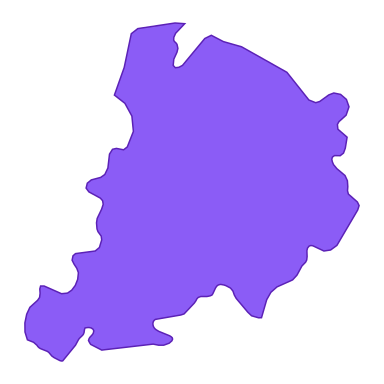 SVG path tracing the border of Bologna
{"feature_id": "ITA-5362", "entity_name": "Bologna", "entity_type": "Province", "adm_level": 1, "iso_a3": "ITA", "parent_name": "Italy", "parent_adm1": "", "projection": "orthographic", "projection_center": [11.264, 44.436], "detail": "fine", "context": "isolated", "style": "filled", "palette": "violet", "viewbox_px": 384, "rotation_deg": 0, "n_neighbors": 0, "source": "natural_earth", "source_scale": "10m", "svg_char_len": 2497}
<svg xmlns="http://www.w3.org/2000/svg" viewBox="0 0 384 384"><path d="M175.0,23.0L184.7,23.7L175.6,33.3L173.8,37.4L173.7,40.2L174.5,41.6L175.7,42.6L177.0,44.3L177.9,48.4L177.0,52.2L173.8,59.2L173.2,65.4L175.3,67.7L178.9,67.3L182.5,65.4L204.8,38.5L211.3,35.3L223.4,41.6L241.6,46.8L286.9,72.3L308.9,100.0L315.7,102.7L319.7,101.5L328.8,94.9L333.8,93.0L340.6,94.4L346.4,99.4L349.0,106.8L346.1,115.2L339.0,121.6L337.4,124.4L337.9,129.2L347.1,137.2L345.3,148.2L343.5,153.1L340.2,155.7L334.5,155.6L332.4,157.1L331.8,159.3L332.4,161.9L333.5,164.6L336.9,168.7L345.0,175.5L347.4,180.7L347.8,186.6L347.5,190.8L348.4,194.1L357.4,202.0L359.1,205.6L357.7,210.0L336.9,245.4L330.6,250.0L323.9,251.0L312.9,245.8L310.9,245.5L309.1,246.1L307.5,248.1L306.9,250.7L307.1,256.6L306.7,260.0L305.6,262.2L301.9,266.0L297.0,275.1L292.6,279.9L277.0,286.9L270.9,292.3L266.7,299.7L261.5,317.7L258.6,317.8L251.6,315.8L247.8,312.2L236.2,298.4L234.3,295.0L233.0,291.2L231.6,289.4L230.4,288.0L226.0,285.7L224.0,285.0L220.7,284.4L218.7,284.8L217.3,285.6L216.3,286.8L215.5,288.0L212.8,293.8L211.9,295.1L210.0,295.9L207.0,296.5L200.8,296.5L198.3,297.4L196.9,298.8L196.4,299.8L195.9,300.8L194.3,303.1L184.1,313.9L180.8,315.0L155.3,319.4L154.1,320.4L153.3,321.7L152.9,323.2L153.0,324.9L153.4,326.4L154.1,327.7L155.0,328.8L156.2,329.8L158.9,331.4L169.7,335.8L171.1,336.7L172.2,337.7L172.6,339.1L171.9,340.8L169.2,343.2L163.7,345.2L158.7,345.2L154.1,344.3L153.2,344.1L104.0,349.8L101.8,350.1L90.7,344.4L89.6,342.7L88.5,340.5L89.0,338.8L89.8,337.4L92.1,334.9L93.2,333.4L93.8,330.9L93.1,329.3L91.3,328.0L89.6,327.6L88.1,327.5L85.1,327.9L84.6,329.1L84.3,330.7L84.1,332.3L83.7,333.5L83.3,334.4L82.5,335.4L79.4,338.4L78.5,339.6L75.5,345.2L62.7,360.9L61.4,361.0L59.9,360.6L54.2,357.7L51.8,356.0L48.9,352.5L47.4,351.4L40.4,348.6L38.9,347.6L37.8,346.5L37.0,345.3L33.6,342.3L27.4,339.8L25.0,332.0L24.9,322.9L26.7,314.2L29.9,307.3L37.6,300.3L39.6,297.4L40.1,293.3L39.8,289.0L40.6,286.0L44.1,286.0L61.5,293.7L67.5,293.1L71.7,290.2L75.3,285.4L77.7,279.3L78.4,272.7L76.8,268.3L74.1,264.2L72.1,260.2L73.0,255.8L75.5,253.6L95.2,251.0L99.4,247.5L101.7,239.9L101.2,236.1L98.0,231.7L97.0,228.9L96.5,222.8L97.2,218.4L101.6,209.2L103.2,204.3L102.6,200.7L100.3,198.1L88.9,191.9L86.1,188.1L87.3,183.2L91.3,179.9L100.7,177.4L104.8,174.5L107.9,168.0L109.5,154.1L112.5,149.3L116.4,148.4L123.6,149.8L127.3,146.9L133.4,131.4L131.9,116.1L124.9,103.3L114.4,95.1L124.2,67.5L131.3,33.7L137.8,28.6L175.0,23.0Z" fill="#8b5cf6" stroke="#5b21b6" stroke-width="1.5"/></svg>